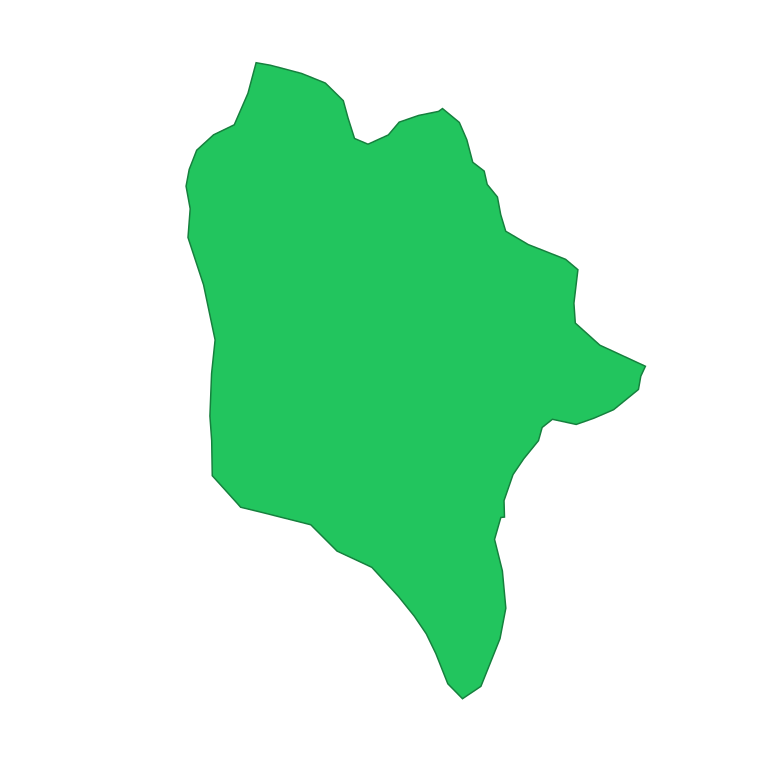 the district of Enköping, Uppsala, Sweden, rotated 16°
{"feature_id": "70781695B25535474598498", "entity_name": "Enköping", "entity_type": "district", "adm_level": 2, "iso_a3": "SWE", "parent_name": "Sweden", "parent_adm1": "Uppsala", "projection": "albers", "projection_center": [17.163, 59.678], "detail": "fine", "context": "isolated", "style": "filled", "palette": "green", "viewbox_px": 768, "rotation_deg": 16, "n_neighbors": 0, "source": "geoboundaries", "source_scale": "gbopen_adm2", "svg_char_len": 1070}
<svg xmlns="http://www.w3.org/2000/svg" viewBox="0 0 768 768"><g transform="rotate(16 384 384)"><path d="M172.5,110.4L173.1,142.1L168.6,176.1L151.5,191.4L139.5,210.9L138.6,220.8L137.6,231.4L139.2,248.4L149.4,269.0L155.2,297.2L183.2,338.4L209.5,388.2L215.4,421.6L225.5,462.8L234.0,486.0L244.2,519.5L273.6,537.8L280.2,542.0L301.7,541.1L352.4,539.5L385.0,557.6L422.9,563.6L456.4,584.2L477.1,598.8L493.5,612.5L508.1,628.8L528.0,654.6L541.1,662.0L546.2,664.9L560.5,647.9L565.7,596.8L562.9,565.9L549.3,531.0L533.1,502.9L533.1,480.1L536.5,478.7L531.5,463.0L533.0,435.5L539.0,417.2L548.1,395.9L548.0,382.2L555.6,371.5L579.9,369.9L595.1,359.1L611.8,345.4L630.1,319.1L628.7,305.7L630.4,294.9L580.8,287.2L551.1,272.7L544.3,254.0L538.9,220.7L524.2,214.1L484.2,210.2L458.9,203.6L449.5,189.0L441.5,173.0L428.2,163.7L421.6,151.7L408.2,146.4L396.3,126.4L384.3,111.8L364.3,103.1L361.3,106.9L343.4,116.2L326.4,128.1L319.5,143.4L302.5,157.9L288.0,156.1L276.1,138.2L266.8,122.9L244.7,110.9L219.2,108.2L186.9,108.9L172.5,110.4Z" fill="#22c55e" stroke="#15803d" stroke-width="1.5"/></g></svg>